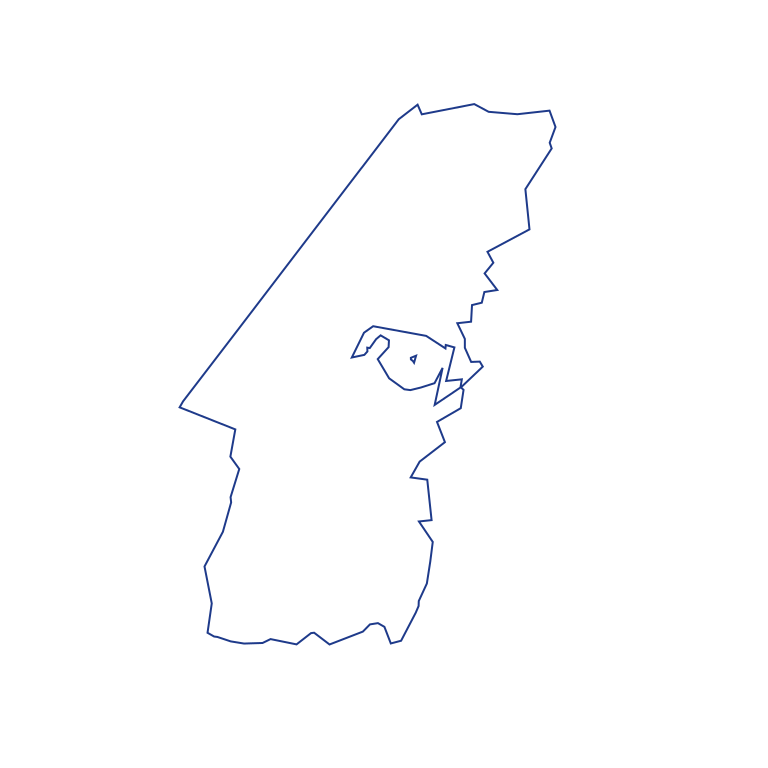 Prince William, Virginia, United States of America, rotated 66°
{"feature_id": "52423323B11755625114877", "entity_name": "Prince William", "entity_type": "district", "adm_level": 2, "iso_a3": "USA", "parent_name": "United States of America", "parent_adm1": "Virginia", "projection": "robinson", "projection_center": [-77.449, 38.722], "detail": "fine", "context": "isolated", "style": "outline", "palette": "blue", "viewbox_px": 768, "rotation_deg": 66, "n_neighbors": 0, "source": "geoboundaries", "source_scale": "gbopen_adm2", "svg_char_len": 1475}
<svg xmlns="http://www.w3.org/2000/svg" viewBox="0 0 768 768"><g transform="rotate(66 384 384)"><path d="M322.2,580.2L365.0,538.3L387.9,553.9L402.8,550.8L425.0,570.2L430.0,571.8L453.5,591.3L477.7,622.2L514.4,630.6L539.5,646.4L545.6,641.9L547.3,639.1L556.8,628.7L564.2,617.4L566.6,611.5L571.2,600.3L570.9,591.4L586.3,569.8L581.9,552.0L582.8,549.0L599.8,539.7L601.6,504.0L597.9,494.6L600.0,486.8L606.0,482.4L623.8,483.3L625.5,472.8L605.9,448.1L600.9,442.7L596.4,440.5L583.7,426.0L565.1,414.0L548.1,403.7L523.8,408.0L527.7,395.9L489.0,383.4L480.2,397.6L469.4,383.0L461.9,352.0L440.2,351.0L437.3,323.7L421.7,313.7L418.4,315.1L408.3,286.7L402.5,287.4L399.3,295.4L383.8,295.4L375.7,291.8L358.3,292.3L362.5,279.1L347.7,271.5L349.5,261.6L340.8,254.9L344.2,242.3L323.9,247.1L317.7,234.8L305.3,235.7L301.9,188.2L263.5,175.6L237.0,135.0L231.0,134.5L219.0,122.8L201.6,121.6L191.8,152.4L177.9,177.7L165.0,187.7L153.0,239.8L142.5,239.7L148.1,262.8L177.4,316.4L177.5,316.7L187.2,334.5L230.8,414.4L275.2,495.7L318.1,574.6L322.2,580.2ZM393.1,323.9L403.8,337.5L402.2,351.8L400.3,362.4L397.1,367.6L380.9,377.0L358.7,379.6L352.2,364.8L346.1,361.7L338.2,367.3L339.8,372.9L345.4,382.4L344.0,384.5L347.5,385.9L349.4,390.1L346.7,402.6L329.0,381.4L326.8,370.4L357.2,325.9L376.5,313.4L373.5,311.7L379.2,304.8L406.5,326.0L411.4,311.0L418.3,315.6L423.7,346.2L393.1,323.9ZM371.0,348.8L372.5,349.4L374.9,348.2L376.8,347.9L371.2,343.2L371.0,348.8Z" fill="none" stroke="#1e3a8a" stroke-width="2"/></g></svg>